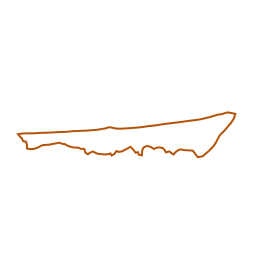 outline of Barra dos Coqueiros, Sergipe, Brazil, rotated 225°
{"feature_id": "56859067B3534711848449", "entity_name": "Barra dos Coqueiros", "entity_type": "district", "adm_level": 2, "iso_a3": "BRA", "parent_name": "Brazil", "parent_adm1": "Sergipe", "projection": "albers", "projection_center": [-36.963, -10.848], "detail": "fine", "context": "isolated", "style": "outline", "palette": "amber", "viewbox_px": 256, "rotation_deg": 225, "n_neighbors": 0, "source": "geoboundaries", "source_scale": "gbopen_adm2", "svg_char_len": 1693}
<svg xmlns="http://www.w3.org/2000/svg" viewBox="0 0 256 256"><g transform="rotate(225 128 128)"><path d="M62.1,213.9L65.5,211.7L68.5,209.6L69.7,207.6L71.3,204.5L73.2,201.9L74.8,199.3L76.6,196.0L77.8,193.7L79.5,190.9L81.3,187.9L83.3,184.9L85.3,182.1L86.8,180.2L88.6,177.9L90.0,176.1L91.4,174.3L92.8,172.3L95.2,169.3L96.9,167.0L98.3,165.2L101.1,161.7L103.2,159.0L106.6,154.6L109.4,150.6L112.4,146.8L116.1,142.2L118.7,138.5L124.8,131.3L132.3,122.7L136.0,119.2L138.3,117.7L141.4,115.7L142.7,113.8L144.0,111.2L145.7,108.9L147.1,107.0L148.6,104.9L150.8,102.3L153.5,99.1L156.0,96.2L158.8,93.3L161.2,90.5L163.6,88.0L166.3,84.9L169.3,81.2L173.5,76.8L177.3,72.5L181.5,67.9L185.1,64.1L191.1,57.4L196.2,52.2L198.3,50.0L201.4,46.0L198.0,45.5L195.7,45.6L192.9,44.5L190.5,46.2L187.7,44.8L184.8,42.1L182.5,43.6L180.1,46.2L178.6,48.8L177.1,53.0L176.4,55.3L174.0,58.1L171.9,60.6L166.1,69.1L163.5,70.2L161.1,72.0L158.8,72.5L156.6,73.5L154.2,74.8L152.0,76.3L149.4,78.9L146.7,79.9L144.1,82.3L140.6,80.4L137.8,81.1L137.5,83.6L136.1,86.7L133.4,87.4L130.9,88.6L128.2,90.8L125.4,93.2L123.6,95.4L122.4,97.6L120.1,97.0L119.3,99.9L119.9,103.5L117.6,104.6L115.8,107.1L114.6,110.8L113.0,116.4L109.2,116.5L105.2,115.9L103.8,118.0L101.5,116.8L98.8,118.6L101.8,121.7L103.2,125.1L102.4,127.9L100.5,129.8L98.0,130.8L94.9,131.5L93.9,134.1L92.5,136.2L89.3,138.4L86.5,138.4L84.0,137.6L82.3,140.6L77.1,141.4L77.3,145.3L76.6,148.6L75.2,150.5L72.6,152.1L69.4,155.0L66.1,157.8L58.0,156.7L56.5,159.0L55.2,160.9L55.0,164.0L54.6,168.6L54.6,173.5L54.9,177.0L55.4,179.3L56.3,182.2L57.7,186.8L58.1,189.3L57.9,191.7L58.0,194.6L58.1,197.1L58.6,200.8L58.7,204.2L59.9,209.6L62.1,213.9Z" fill="none" stroke="#b45309" stroke-width="2"/></g></svg>